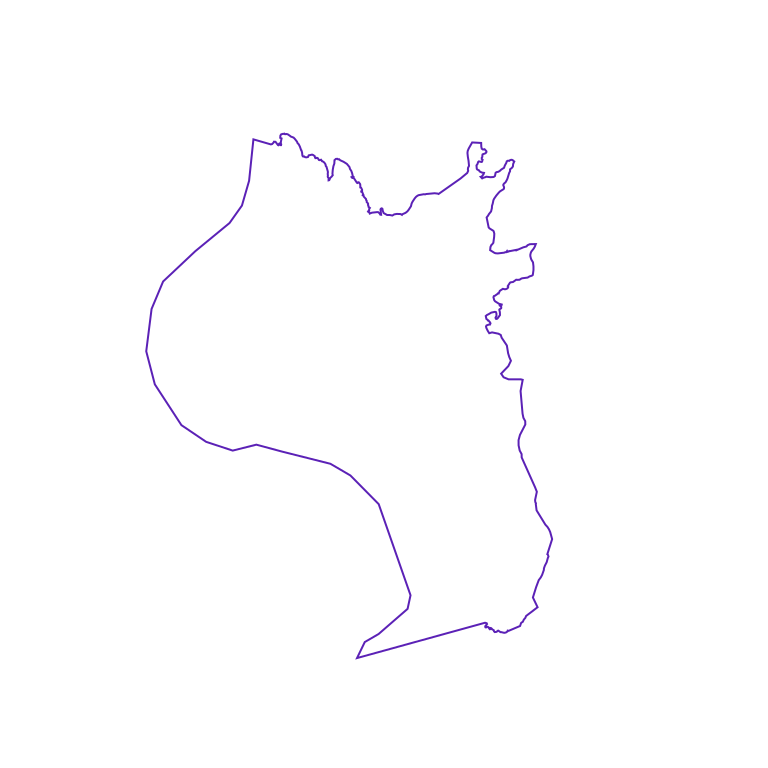 the district of North Dayi, Volta, Ghana, rotated 336°
{"feature_id": "2480657B8553529614763", "entity_name": "North Dayi", "entity_type": "district", "adm_level": 2, "iso_a3": "GHA", "parent_name": "Ghana", "parent_adm1": "Volta", "projection": "orthographic", "projection_center": [0.294, 6.818], "detail": "fine", "context": "isolated", "style": "outline", "palette": "violet", "viewbox_px": 768, "rotation_deg": 336, "n_neighbors": 0, "source": "geoboundaries", "source_scale": "gbopen_adm2", "svg_char_len": 6166}
<svg xmlns="http://www.w3.org/2000/svg" viewBox="0 0 768 768"><g transform="rotate(336 384 384)"><path d="M570.8,203.3L562.8,199.2L557.2,203.3L555.3,205.1L554.2,206.9L553.0,210.6L552.0,214.5L550.4,219.3L548.7,220.7L547.9,222.1L547.6,223.5L545.8,225.1L544.6,225.4L537.5,227.4L511.1,232.6L510.5,231.9L507.8,230.3L505.1,229.4L499.8,227.6L498.7,227.5L497.5,226.8L492.6,225.6L491.3,225.6L489.5,226.0L487.6,226.9L484.3,229.0L482.7,230.3L480.9,232.6L477.5,234.8L475.6,235.8L473.3,236.4L469.8,236.4L469.2,236.8L468.3,235.5L464.8,233.8L462.3,233.2L460.2,233.5L457.9,231.9L455.6,230.9L453.2,227.7L453.3,225.4L453.8,223.3L453.4,222.6L452.4,222.6L451.8,223.1L450.2,228.2L449.5,227.8L449.3,226.2L448.6,224.7L447.7,224.2L442.7,222.6L440.3,222.5L440.4,221.5L439.5,220.0L439.9,219.7L441.0,219.6L441.1,219.0L441.8,217.9L442.7,217.4L441.9,215.9L442.2,215.0L442.2,213.8L442.7,213.2L442.8,212.4L442.2,210.8L442.7,209.6L442.5,208.7L442.8,207.7L441.7,204.4L442.1,203.2L441.4,202.8L442.1,201.9L442.2,200.0L441.4,199.1L441.6,198.7L442.4,198.9L443.0,197.6L442.9,195.3L442.3,194.8L443.3,192.5L443.5,191.6L443.0,189.5L442.5,189.2L441.5,189.6L441.1,189.2L440.2,183.6L439.2,183.1L438.6,182.4L438.5,181.8L440.2,181.9L440.0,181.4L440.6,178.6L440.8,176.2L440.4,173.7L440.7,171.8L440.2,169.9L439.6,167.8L437.4,164.5L435.0,161.8L434.4,160.4L433.5,160.2L433.0,159.3L431.6,158.8L429.8,159.4L428.3,162.4L426.4,164.4L424.3,167.5L422.4,171.0L422.1,172.4L420.4,173.3L418.8,173.8L416.9,175.5L416.2,175.4L416.5,174.7L417.2,174.1L417.2,173.4L416.9,172.8L416.9,171.8L417.7,170.4L418.0,169.2L418.7,168.1L419.1,167.1L419.8,162.2L419.5,161.2L419.9,159.5L419.5,157.3L418.3,155.3L418.0,155.2L417.7,153.5L416.4,153.4L415.7,152.9L415.3,150.6L414.6,150.0L414.1,150.1L413.2,149.8L413.1,149.1L413.4,147.7L412.5,146.1L411.6,145.2L408.2,144.5L406.9,145.7L405.3,145.4L404.2,144.7L403.5,143.5L402.7,143.4L402.4,142.9L402.4,142.0L403.3,139.2L403.6,137.0L403.4,136.8L403.7,133.0L403.6,130.4L403.0,128.8L403.1,127.3L402.2,123.7L401.6,122.1L399.4,119.9L399.2,119.3L397.6,116.7L396.5,115.9L395.3,115.6L394.8,114.8L394.4,114.9L393.6,114.4L391.6,114.1L390.4,114.9L389.3,116.9L390.3,118.0L388.3,120.8L387.6,122.2L387.6,123.2L387.1,123.9L386.9,123.8L387.2,122.6L386.7,122.9L386.6,122.7L386.8,122.5L386.8,121.9L386.4,121.7L385.5,122.0L385.0,122.6L384.9,123.0L384.6,123.0L384.3,122.6L383.4,118.6L382.0,117.9L381.4,118.5L379.4,119.3L378.1,119.1L364.2,107.4L343.4,143.5L326.8,163.2L308.4,174.1L265.7,185.9L223.9,200.5L202.2,220.9L180.1,257.4L174.5,291.1L182.2,339.2L198.0,364.5L218.7,383.3L242.7,387.5L263.4,404.3L302.6,435.1L316.1,453.9L330.3,491.6L322.3,587.8L314.1,599.0L277.4,610.2L261.5,611.9L247.9,623.4L379.2,643.2L380.5,644.3L380.5,645.2L378.2,646.3L377.8,646.8L377.7,647.5L378.1,647.9L379.4,647.7L380.2,648.2L380.9,651.1L381.4,651.2L381.6,649.9L382.5,650.5L383.0,651.5L383.0,652.1L384.1,653.5L383.9,654.7L384.3,655.7L386.1,656.2L387.5,655.7L388.1,655.8L389.5,658.1L390.1,658.3L392.6,660.2L394.2,660.6L396.1,660.3L396.7,659.6L397.5,660.2L409.9,660.4L411.9,658.2L412.6,657.9L414.1,657.7L415.9,656.1L417.9,655.2L419.5,653.7L433.5,650.4L433.2,639.6L440.4,631.4L445.6,626.1L448.5,624.5L450.8,622.7L454.4,618.9L455.1,617.5L457.1,615.4L460.1,613.0L462.8,609.7L464.1,608.5L464.3,606.3L464.0,605.9L474.5,594.1L475.6,586.9L475.6,583.9L475.2,581.1L474.2,578.1L472.0,561.5L473.9,555.2L474.3,554.8L474.2,553.4L474.8,551.5L479.8,544.6L480.0,540.0L479.9,507.1L481.2,504.0L480.9,500.0L482.0,494.8L484.1,490.0L487.5,485.8L496.6,478.5L497.9,475.4L497.6,471.6L498.5,467.5L505.9,446.0L512.4,436.6L510.9,435.4L499.7,430.4L496.0,426.5L495.2,422.2L504.9,418.2L509.4,414.4L509.4,410.4L509.9,406.4L511.9,398.8L510.3,389.5L510.6,386.7L509.0,384.6L503.7,380.8L500.8,380.4L500.4,377.5L500.3,374.4L500.6,372.9L501.5,372.2L504.4,372.4L504.9,372.8L505.9,372.0L506.0,371.0L505.3,368.6L504.7,368.2L504.8,367.6L504.0,366.2L504.6,363.3L506.3,362.8L507.8,362.8L511.0,362.4L514.7,363.2L515.5,363.8L515.4,365.2L514.7,367.0L514.5,367.5L512.9,368.7L512.7,369.7L512.9,370.2L514.0,370.4L514.7,370.1L518.0,368.2L519.1,365.4L519.5,363.1L519.8,362.8L521.8,362.5L522.2,361.9L522.5,360.9L521.6,359.3L521.7,359.0L522.5,358.9L524.6,359.8L521.7,357.5L519.1,353.6L518.8,352.1L519.3,349.2L520.1,348.4L521.1,348.5L524.2,347.9L525.1,347.5L525.6,347.9L527.7,346.0L531.3,345.4L532.9,346.6L533.8,346.9L535.3,346.9L536.0,346.7L536.9,346.0L537.1,345.4L536.9,344.9L540.3,342.7L540.9,342.6L543.4,343.3L547.2,342.5L548.2,343.1L550.3,343.9L551.8,343.6L553.1,343.6L558.5,345.2L560.7,344.9L563.1,345.2L564.3,344.9L566.9,340.7L568.4,337.3L569.4,334.1L569.6,333.5L569.2,330.2L569.3,329.0L569.7,326.7L570.2,325.5L571.4,323.9L572.5,322.9L575.8,321.2L577.6,319.9L579.6,317.9L574.1,315.6L571.6,315.6L570.1,316.3L566.8,315.8L559.6,315.7L559.2,315.4L558.9,315.6L558.1,315.0L557.5,315.0L557.8,314.9L552.5,313.7L552.4,313.5L551.1,313.6L550.9,313.2L550.6,313.5L549.7,313.3L549.8,313.0L549.3,313.3L548.3,312.9L547.2,312.9L541.1,311.0L539.2,310.0L538.3,309.2L535.4,304.9L537.0,302.1L538.6,300.7L539.4,300.5L541.3,299.5L544.4,294.5L545.9,291.6L546.3,289.2L546.2,288.5L543.7,284.8L543.3,283.5L545.5,273.6L547.6,272.5L548.9,271.5L552.0,269.9L554.1,267.2L555.1,265.2L556.7,263.4L558.7,260.6L560.0,259.5L563.3,257.5L566.8,255.8L568.4,255.2L572.6,254.6L573.1,254.2L573.6,253.4L573.8,252.4L573.8,251.0L574.2,250.3L575.5,249.6L577.0,249.2L578.9,247.8L580.3,246.6L584.2,242.1L585.7,240.9L586.4,239.3L586.8,239.0L588.1,238.8L589.5,238.2L590.3,237.6L591.5,235.5L593.5,233.7L593.0,233.0L593.0,232.5L592.2,231.4L591.4,230.9L589.9,230.8L589.3,231.1L588.0,230.4L586.7,230.5L585.8,231.6L583.2,233.6L581.6,235.3L578.3,235.8L576.2,236.5L574.6,236.6L572.9,236.2L571.8,236.5L570.0,239.1L568.9,239.4L568.1,239.4L565.4,238.4L561.7,236.2L560.9,236.3L558.8,236.0L557.3,236.1L556.6,234.1L557.5,234.2L558.3,233.9L560.2,232.9L561.2,231.8L559.6,230.8L558.5,229.6L557.8,228.7L557.8,227.7L556.4,225.9L556.3,225.1L557.4,221.9L558.7,221.2L560.4,219.4L561.2,219.2L563.3,220.8L564.0,220.8L565.3,219.2L564.8,218.3L565.1,217.6L565.3,217.1L566.2,216.5L567.1,214.7L567.5,214.3L570.7,214.5L572.0,213.7L572.2,213.0L571.4,210.5L571.2,210.3L569.8,210.1L569.0,208.8L569.4,206.8L570.8,203.3Z" fill="none" stroke="#5b21b6" stroke-width="2"/></g></svg>